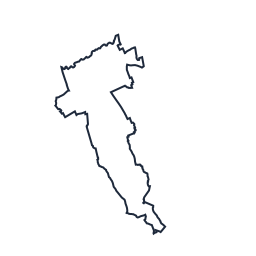 the district of Crangurile, Dâmbovita, Romania, rotated 128°
{"feature_id": "2599482B43839150366531", "entity_name": "Crangurile", "entity_type": "district", "adm_level": 2, "iso_a3": "ROU", "parent_name": "Romania", "parent_adm1": "Dâmbovita", "projection": "equal_earth", "projection_center": [25.247, 44.765], "detail": "fine", "context": "isolated", "style": "outline", "palette": "slate", "viewbox_px": 256, "rotation_deg": 128, "n_neighbors": 0, "source": "geoboundaries", "source_scale": "gbopen_adm2", "svg_char_len": 5809}
<svg xmlns="http://www.w3.org/2000/svg" viewBox="0 0 256 256"><g transform="rotate(128 128 128)"><path d="M155.1,199.0L155.3,197.9L156.1,194.7L155.6,193.9L155.1,193.6L155.1,192.0L155.2,191.7L155.3,191.3L155.4,191.2L156.1,191.1L156.8,191.6L157.4,188.9L156.3,188.4L158.1,184.5L158.2,184.2L147.6,180.1L149.5,176.6L148.3,176.3L148.0,176.2L147.5,175.8L145.2,173.7L144.2,173.0L141.8,171.6L143.4,170.1L142.0,168.9L149.6,161.9L150.4,161.8L150.8,161.6L151.4,161.9L151.7,161.8L152.0,161.4L152.4,161.4L162.6,147.2L163.8,145.7L163.7,145.3L163.7,144.6L164.6,143.6L164.7,143.1L164.5,141.9L164.5,141.7L164.0,140.9L166.2,138.3L170.0,133.5L170.0,133.3L169.9,133.2L170.9,132.3L171.1,132.3L171.3,132.5L171.9,132.6L172.0,132.3L172.8,131.4L173.5,130.9L174.1,129.9L174.7,129.2L175.0,128.3L175.3,127.7L175.6,127.3L175.6,127.0L175.0,126.0L175.1,125.5L174.9,124.7L174.4,123.5L174.3,123.0L174.5,122.2L174.6,121.4L174.5,119.5L174.9,119.2L175.4,118.1L175.7,117.0L175.8,116.5L176.0,116.0L178.4,112.8L178.4,112.6L178.4,112.0L178.5,111.1L179.0,110.2L179.7,107.9L180.8,106.0L183.1,103.1L183.4,102.0L183.7,100.6L184.2,99.4L184.6,98.8L186.6,90.1L186.6,86.6L186.9,86.2L187.6,85.1L189.1,83.4L190.6,81.0L191.7,79.5L193.3,77.9L194.2,77.2L195.8,76.8L195.7,76.4L195.4,76.1L195.1,75.3L195.0,74.3L194.8,74.1L194.5,73.5L194.0,72.8L193.5,72.1L193.2,71.4L192.7,70.8L192.7,70.4L192.4,69.4L192.4,69.1L192.1,67.8L192.1,67.6L192.2,67.4L192.6,66.9L192.7,66.5L192.7,65.8L192.5,65.2L191.1,64.3L190.1,63.9L189.3,63.4L186.8,61.5L185.7,61.0L186.4,59.9L186.9,59.3L187.4,59.2L188.8,58.4L189.1,58.2L190.4,58.4L190.5,57.9L190.9,57.0L191.1,55.9L191.1,55.6L191.6,54.6L190.9,53.2L190.3,50.7L189.8,49.5L193.0,44.2L195.2,43.1L195.4,42.8L194.3,42.5L192.6,41.4L191.9,42.1L191.3,43.0L190.0,39.2L189.9,38.2L182.9,38.0L182.6,40.3L182.6,42.2L182.7,43.0L182.5,43.3L182.4,43.8L182.3,44.0L181.9,44.6L181.5,44.9L181.4,45.6L180.9,46.6L180.8,46.9L180.5,47.6L180.4,48.6L180.0,50.1L179.5,50.9L179.2,51.5L178.8,53.8L178.2,56.2L177.9,56.8L177.0,58.1L175.7,59.3L174.9,59.4L173.7,60.3L175.9,68.7L176.2,68.9L177.0,69.2L177.6,69.2L177.7,69.7L177.6,69.9L177.1,69.9L177.0,69.7L176.8,69.6L176.1,70.0L175.4,70.5L175.2,70.9L174.6,71.3L174.5,71.9L173.4,72.2L173.1,72.4L172.3,72.6L164.3,73.0L160.4,74.9L161.2,75.8L160.6,77.2L159.7,78.2L159.1,78.8L158.0,79.0L157.8,79.3L157.7,79.7L157.3,79.8L156.5,79.9L155.9,80.1L154.3,82.1L153.9,83.0L153.6,83.2L152.7,83.9L152.0,84.7L152.1,85.0L152.0,85.3L152.5,86.7L152.4,87.2L152.7,87.9L152.7,88.6L152.3,89.5L151.6,90.2L151.4,90.5L151.2,91.5L150.5,92.0L150.4,92.4L149.8,92.8L149.5,93.1L149.8,93.6L149.7,94.2L149.8,94.3L149.5,94.8L149.5,95.1L149.7,95.4L149.4,95.7L149.4,96.1L149.7,96.4L150.3,97.0L150.6,97.1L151.1,97.6L151.2,97.8L151.3,98.4L151.6,98.8L152.1,99.3L150.1,101.8L148.2,103.6L146.8,105.4L146.0,106.8L145.6,108.2L144.9,109.7L144.4,110.5L143.3,113.7L142.9,114.1L142.2,114.5L140.3,116.3L139.6,118.2L138.9,119.2L138.0,119.7L138.3,120.2L137.3,120.8L136.4,122.0L135.7,122.9L134.5,122.2L133.8,123.2L129.4,120.6L128.9,120.2L128.7,119.9L128.5,120.0L127.6,119.9L127.5,120.8L125.4,120.5L125.2,121.4L124.5,121.3L124.1,123.0L123.2,122.8L122.1,125.0L121.3,125.2L120.9,125.6L120.8,126.6L120.7,127.5L121.7,128.3L120.5,130.4L119.0,132.7L121.2,133.9L120.2,136.0L119.4,137.4L118.8,139.0L118.5,139.4L115.8,146.2L114.4,150.5L113.4,153.9L111.7,159.4L110.3,163.5L96.7,156.5L96.9,156.1L96.8,155.9L96.5,155.6L96.4,155.2L96.5,154.3L96.5,153.6L96.0,153.1L96.0,152.2L94.9,150.7L93.8,149.5L92.3,151.8L91.5,151.5L91.3,151.8L90.7,151.5L89.9,152.8L88.6,152.1L86.0,156.4L87.5,157.3L86.3,159.0L85.3,160.9L84.1,162.7L82.9,164.7L80.3,166.8L78.6,167.7L77.5,165.2L76.8,164.1L75.7,163.0L74.1,161.2L73.1,159.0L72.1,155.7L71.8,154.2L69.8,153.6L69.6,153.6L63.5,160.5L65.0,161.5L66.1,162.2L66.3,162.1L66.8,161.6L67.5,161.2L68.4,162.1L68.4,162.4L68.3,162.8L68.0,163.8L67.2,164.8L66.9,165.0L65.9,165.7L65.5,166.1L65.1,166.7L60.5,171.6L60.2,172.2L60.8,172.5L61.0,172.8L61.4,173.0L62.1,173.3L62.9,173.9L63.6,174.2L65.4,174.7L65.8,175.0L66.4,175.3L68.1,176.0L69.3,176.3L70.2,176.4L70.6,176.3L70.9,176.5L71.0,176.6L70.5,177.3L68.5,181.2L71.5,182.6L69.4,187.0L69.1,187.0L67.3,186.1L67.0,185.3L66.8,185.2L66.6,185.2L65.2,188.1L60.6,193.1L62.7,194.3L62.9,194.4L66.2,193.1L66.7,192.9L67.8,192.9L68.7,192.1L69.5,192.2L70.3,191.7L71.0,191.8L71.3,192.0L71.5,192.7L71.8,194.6L72.3,195.3L72.9,195.4L73.9,195.8L74.6,195.8L75.9,195.4L76.2,195.5L76.6,196.0L76.7,196.5L76.5,197.7L77.1,198.4L78.2,198.8L78.9,199.0L79.6,199.0L80.3,199.2L80.8,199.3L82.0,199.0L82.4,199.0L82.7,199.3L82.9,199.9L83.2,200.3L85.5,200.7L85.8,201.5L86.1,201.8L86.4,201.9L87.2,201.9L87.5,201.7L87.9,201.9L88.1,202.1L88.5,202.7L88.9,203.0L89.5,203.2L90.5,203.2L90.9,203.0L91.5,202.4L92.0,202.4L92.6,201.9L93.1,201.8L93.9,201.8L94.5,202.1L95.2,202.2L96.0,202.3L97.3,203.0L97.6,203.3L97.7,203.6L97.5,204.1L97.6,204.6L98.2,204.7L98.7,204.7L101.2,205.1L101.7,205.5L102.1,205.9L102.3,206.2L102.4,206.5L102.3,207.1L102.7,207.4L104.4,207.5L105.6,207.4L105.9,207.6L106.3,208.0L106.8,208.4L107.3,208.7L107.7,208.8L108.0,209.1L109.2,209.9L109.7,210.0L110.8,209.9L111.5,208.1L112.9,208.0L113.3,208.1L114.1,208.5L114.3,208.9L114.4,209.6L114.2,210.5L114.3,210.7L114.5,210.9L115.1,211.1L116.0,210.9L116.9,211.1L117.7,211.4L118.3,211.4L118.4,211.7L118.2,212.6L118.3,213.0L118.2,213.3L117.8,213.7L117.6,214.1L117.7,214.5L118.0,214.7L118.9,214.8L119.6,214.3L120.6,214.3L121.0,214.7L120.9,215.2L121.1,215.8L121.0,216.1L121.0,216.3L121.3,216.7L121.2,216.9L120.8,217.4L121.0,218.0L124.2,214.0L124.4,213.7L128.8,207.1L131.4,203.0L131.7,202.9L134.1,199.3L134.4,198.6L134.7,198.1L134.9,197.6L135.4,198.1L136.4,198.5L141.2,199.3L142.2,199.7L144.1,200.6L145.0,201.1L146.0,201.4L146.5,201.6L148.1,203.1L149.9,201.9L151.2,201.6L151.5,201.4L151.8,200.8L152.5,200.0L153.2,199.5L154.2,199.0L154.5,198.9L155.1,199.0Z" fill="none" stroke="#1e293b" stroke-width="2"/></g></svg>